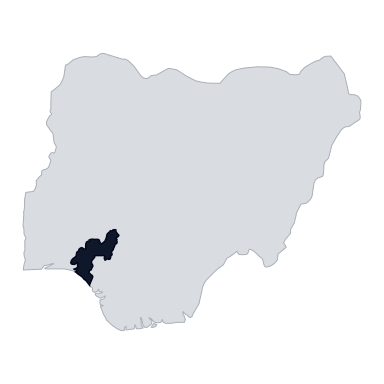 where Ondo sits in Nigeria
{"feature_id": "NGA-2853", "entity_name": "Ondo", "entity_type": "State", "adm_level": 1, "iso_a3": "NGA", "parent_name": "Nigeria", "parent_adm1": "", "projection": "orthographic", "projection_center": [5.19, 6.813], "detail": "fine", "context": "in_parent", "style": "filled", "palette": "ink", "viewbox_px": 384, "rotation_deg": 0, "n_neighbors": 0, "source": "natural_earth", "source_scale": "10m", "svg_char_len": 5613}
<svg xmlns="http://www.w3.org/2000/svg" viewBox="0 0 384 384"><path d="M330.9,56.1L344.3,73.9L347.4,87.2L348.7,93.8L350.8,94.6L354.8,94.8L357.7,96.1L359.6,98.3L360.7,100.3L361.0,101.5L360.4,109.6L359.5,112.5L360.2,116.5L360.1,118.2L359.7,119.3L357.9,120.7L355.5,122.0L349.9,126.0L348.2,126.6L345.8,126.7L343.7,127.7L341.3,129.8L336.1,137.7L331.7,145.5L328.6,158.1L324.6,162.1L323.9,165.5L323.5,173.4L322.9,175.8L322.3,176.5L317.9,178.0L315.4,179.9L313.9,183.4L312.2,195.5L311.6,197.5L310.2,199.6L307.9,201.9L306.0,203.2L300.9,204.1L296.3,213.3L296.2,214.9L294.2,223.1L290.6,229.4L290.4,233.4L285.8,239.0L283.5,242.7L286.0,246.6L286.2,247.2L278.3,253.9L277.8,254.9L277.5,259.4L276.9,260.7L275.4,262.4L273.3,264.2L271.1,265.7L268.6,266.7L266.2,267.1L264.9,266.5L264.1,265.2L262.7,259.6L262.0,258.4L260.4,257.4L254.1,251.3L250.3,249.2L249.5,249.3L248.9,249.9L247.9,253.1L246.9,254.2L244.9,254.6L241.4,254.7L238.9,254.3L238.3,253.7L237.1,251.3L229.5,256.9L226.8,258.2L223.4,264.8L218.5,268.2L215.2,271.1L206.3,280.1L204.5,282.8L202.7,286.8L199.0,303.7L192.8,314.3L192.0,316.6L191.6,316.5L190.8,317.5L188.4,316.8L187.3,314.9L185.8,314.6L183.2,311.7L182.7,312.2L185.4,319.5L184.4,322.3L176.8,322.4L170.2,323.4L165.7,323.4L163.4,322.4L162.4,319.6L162.0,319.9L161.8,321.4L160.4,322.5L155.3,322.8L153.1,320.9L151.3,318.8L149.3,317.9L149.6,318.8L151.9,320.8L151.6,323.8L147.5,327.2L144.9,327.4L143.3,325.9L142.5,323.5L142.1,320.0L141.0,317.7L140.4,317.7L141.1,321.5L141.2,325.1L143.1,327.9L140.1,328.7L136.5,328.8L136.1,327.8L135.6,325.5L135.0,324.9L134.3,328.8L126.9,329.9L125.9,329.8L125.7,329.0L126.2,328.0L126.1,326.2L124.5,327.6L124.2,330.3L123.3,330.7L120.5,330.3L117.4,328.9L112.4,325.5L106.4,320.0L105.4,317.5L103.6,314.5L100.4,306.1L101.0,305.7L102.4,306.1L103.1,305.4L100.6,304.8L100.1,304.2L99.9,302.3L100.0,300.0L103.8,298.8L104.7,297.5L105.2,296.1L100.5,298.2L96.1,295.8L95.1,294.4L95.6,293.3L100.7,293.2L102.6,292.1L101.4,291.7L99.5,291.8L98.8,291.0L98.8,289.3L98.2,289.7L97.4,291.2L94.4,292.4L92.6,291.2L92.5,288.7L92.1,287.6L90.6,286.7L85.4,280.1L78.8,274.5L73.0,270.7L64.2,268.9L45.8,268.9L44.8,268.4L45.9,267.5L47.6,266.9L53.5,263.9L52.5,263.5L46.3,265.4L44.2,265.5L41.5,269.2L23.4,270.0L23.4,268.3L24.3,263.4L25.4,260.1L24.2,256.0L23.9,252.3L24.7,251.1L24.9,249.7L24.8,240.3L25.8,238.9L25.8,237.9L24.0,233.8L24.0,230.8L23.7,227.8L23.0,226.4L23.8,214.8L23.6,212.0L24.2,209.9L24.6,205.0L24.5,200.1L25.8,192.4L33.5,191.4L35.4,188.4L36.5,184.6L36.2,180.8L38.7,177.5L41.7,174.6L41.6,171.3L42.5,170.3L43.9,169.6L46.0,169.2L48.3,167.6L49.6,164.8L50.8,160.3L48.9,157.2L48.9,156.5L49.7,154.8L50.9,153.1L51.9,152.6L54.1,153.0L54.8,152.4L56.3,147.4L56.1,146.1L54.1,142.7L53.0,133.8L52.4,132.6L50.8,130.9L46.5,124.6L46.6,121.6L48.5,117.8L49.6,115.9L51.3,114.9L51.6,114.0L51.1,113.0L50.3,112.1L50.1,110.4L51.0,108.0L50.8,105.4L51.2,91.9L54.7,89.2L59.8,84.9L62.4,80.3L63.8,76.8L65.5,65.2L68.2,64.0L73.2,59.8L80.1,57.3L84.6,56.6L92.4,57.0L96.3,56.6L99.7,54.3L101.2,53.7L103.4,53.3L122.9,59.3L124.6,59.0L126.1,59.4L128.6,61.0L134.3,66.6L140.4,75.2L142.3,77.1L144.2,78.1L146.1,78.5L147.6,78.3L148.9,77.5L150.8,75.8L153.7,75.1L156.0,75.2L168.1,68.5L169.3,68.4L176.7,69.8L187.0,76.4L195.3,80.7L201.2,82.1L208.1,83.1L219.8,83.3L228.4,73.9L231.6,71.8L235.5,69.9L243.7,68.1L257.2,66.8L269.9,67.1L277.8,68.6L286.2,71.5L289.9,74.4L295.5,74.8L299.5,74.2L300.8,71.3L304.7,67.4L310.6,63.8L315.5,61.2L319.5,60.1L323.1,57.2L325.9,56.3L330.9,56.1ZM155.8,326.5L153.0,327.4L151.2,327.2L153.7,323.4L155.0,324.2L156.6,324.5L155.8,326.5Z" fill="#d9dde1" stroke="#a8b0b8" stroke-width="1"/><path d="M89.5,285.1L86.1,280.7L85.5,280.1L84.4,279.6L83.9,279.0L83.1,277.9L82.1,276.8L81.2,276.1L79.1,274.7L78.1,274.1L76.4,272.5L75.3,271.8L74.8,271.6L76.6,271.7L77.0,271.1L77.0,270.3L75.4,269.6L74.5,269.6L74.0,269.1L74.5,268.9L75.4,268.8L76.9,267.7L77.3,267.5L77.7,267.2L77.7,266.8L77.5,265.4L77.5,263.4L76.9,262.6L76.2,263.0L75.8,263.6L74.5,264.4L73.0,264.3L72.6,264.3L71.6,264.0L71.3,263.7L70.8,262.9L70.9,262.1L71.6,260.2L73.0,258.6L75.6,256.7L76.1,256.0L76.8,252.2L77.9,251.6L78.4,251.0L78.6,250.3L79.3,248.9L80.6,248.0L81.7,247.6L82.8,248.1L84.2,249.0L84.6,249.2L85.3,249.3L85.7,249.0L85.7,248.4L85.7,247.7L85.7,247.0L85.7,244.8L86.0,243.4L86.5,242.1L87.7,241.4L89.1,241.0L89.2,239.9L91.2,239.2L92.3,239.2L95.4,239.4L97.5,239.3L98.9,239.7L99.6,241.1L100.2,243.1L101.8,243.8L104.9,241.2L106.4,237.5L106.9,234.8L107.3,233.9L108.6,232.6L109.3,232.1L109.7,231.7L110.0,231.1L110.7,230.7L111.5,231.1L112.2,230.8L112.7,230.0L115.0,229.6L115.9,229.9L115.7,231.1L117.1,233.3L118.9,235.3L118.4,236.1L117.8,236.9L117.4,237.1L116.6,237.3L116.3,237.6L116.0,238.6L116.8,239.2L117.0,239.7L116.7,240.3L116.8,241.2L117.0,241.6L117.1,242.3L116.8,243.2L116.4,243.6L115.9,243.9L115.2,244.6L114.6,245.3L114.6,245.6L114.7,245.9L113.3,249.0L113.2,249.7L112.8,250.2L112.0,251.0L111.6,252.0L111.6,253.0L112.0,253.9L112.1,254.3L112.0,254.5L111.9,254.6L111.7,254.8L111.7,255.2L111.1,255.4L110.8,256.1L110.5,258.0L110.3,258.4L109.9,259.1L109.6,259.3L109.1,259.4L108.2,259.2L107.8,258.9L107.0,258.8L105.6,260.0L105.0,260.1L104.2,258.2L104.5,257.4L105.0,256.6L103.7,255.6L95.6,255.6L95.1,255.8L94.8,256.2L94.8,256.9L94.3,257.5L93.9,258.3L92.9,259.3L92.0,260.4L91.7,261.0L91.6,262.0L91.5,262.4L91.5,263.3L91.6,263.5L91.9,263.7L92.4,264.4L92.9,266.0L92.2,267.5L91.7,268.2L91.5,269.1L91.1,269.8L90.4,270.2L89.8,270.4L89.4,271.0L89.2,271.8L89.0,272.2L88.9,272.4L88.8,272.6L89.0,272.9L89.5,273.2L90.2,273.8L90.8,274.5L90.9,274.9L91.2,275.0L91.5,275.0L91.9,275.2L92.2,275.4L92.7,276.3L92.7,277.2L89.5,285.0L89.5,285.1Z" fill="#0f172a" stroke="#020617" stroke-width="1.5"/></svg>